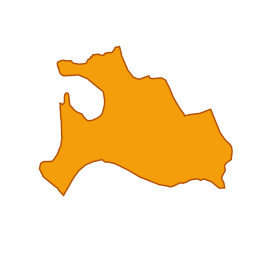 the district of Jabal Ras, Al Hudaydah, Yemen, rotated 166°
{"feature_id": "15242507B55114277387494", "entity_name": "Jabal Ras", "entity_type": "district", "adm_level": 2, "iso_a3": "YEM", "parent_name": "Yemen", "parent_adm1": "Al Hudaydah", "projection": "orthographic", "projection_center": [43.635, 14.03], "detail": "fine", "context": "isolated", "style": "filled", "palette": "amber", "viewbox_px": 256, "rotation_deg": 166, "n_neighbors": 0, "source": "geoboundaries", "source_scale": "gbopen_adm2", "svg_char_len": 3884}
<svg xmlns="http://www.w3.org/2000/svg" viewBox="0 0 256 256"><g transform="rotate(166 128 128)"><path d="M206.9,78.2L200.3,85.0L197.5,88.0L194.2,91.5L193.5,92.1L190.3,95.0L187.0,97.8L186.4,98.3L179.0,102.0L177.8,102.6L172.5,103.4L169.8,103.8L165.7,103.7L162.2,103.6L161.6,103.6L160.8,103.6L158.6,100.7L157.4,100.1L155.4,99.8L149.5,96.7L144.7,92.8L143.4,91.6L138.1,87.2L130.1,79.3L129.2,78.4L129.1,78.2L128.9,78.1L128.5,77.7L120.9,72.3L111.4,65.5L104.8,62.6L103.9,62.2L103.2,61.8L101.6,60.9L101.0,60.6L99.1,60.6L98.3,60.6L95.4,61.2L90.6,62.2L87.9,61.1L84.5,61.4L81.2,62.2L79.5,62.6L74.5,62.0L73.5,61.9L72.9,61.8L70.3,59.7L66.7,60.1L66.4,60.0L59.9,55.6L59.7,55.4L55.6,49.6L53.8,47.5L51.7,47.1L51.4,47.1L51.1,47.0L50.0,46.7L48.7,46.5L48.3,52.1L48.9,54.4L49.4,56.0L49.1,57.1L47.2,59.8L45.2,61.8L43.9,63.2L43.7,65.5L43.7,67.3L43.0,68.6L40.8,70.4L39.5,70.9L35.4,72.5L34.4,75.4L34.2,76.0L33.3,78.3L32.5,80.6L32.4,82.0L32.3,83.9L32.2,85.1L32.4,85.6L33.7,88.7L34.1,89.2L36.0,92.0L36.7,93.2L38.0,96.5L39.8,101.3L40.3,105.1L40.9,109.3L41.0,110.0L41.3,111.7L41.4,112.5L41.7,114.5L41.8,115.7L42.0,116.8L42.0,117.0L43.2,125.6L43.3,126.2L54.8,124.8L61.7,125.7L64.6,126.0L66.1,126.0L66.4,126.0L70.2,126.1L70.4,128.1L72.8,133.8L74.2,138.2L74.2,138.3L74.6,139.4L75.2,141.3L75.8,143.7L76.7,147.0L78.0,156.0L78.2,157.1L80.1,165.5L83.4,168.5L92.6,170.0L94.3,171.0L95.0,171.4L95.1,173.3L95.7,173.5L101.3,172.9L102.4,172.8L105.5,172.6L110.1,175.6L110.4,175.7L110.6,175.9L113.0,181.6L113.8,183.0L114.1,183.8L114.2,184.1L115.7,193.5L116.7,199.6L116.5,204.2L116.6,209.1L117.4,208.9L118.4,208.9L118.9,209.0L119.3,209.4L119.6,209.4L120.5,209.2L121.5,208.8L121.8,208.4L122.0,207.9L122.3,207.3L123.2,206.7L123.9,206.2L124.4,205.9L124.6,205.5L125.1,205.3L125.6,205.3L126.1,205.2L126.5,205.4L127.1,205.5L127.7,205.5L128.1,205.6L128.7,206.0L129.1,206.0L129.6,205.9L130.1,205.7L130.7,205.5L131.0,205.9L131.3,206.1L131.5,206.1L131.9,206.0L132.4,205.9L133.0,205.6L133.4,205.1L133.9,204.7L134.5,204.7L135.4,204.8L136.2,204.9L136.6,205.1L137.2,205.5L137.7,205.9L138.4,206.6L139.0,206.8L139.8,206.9L141.1,207.1L141.9,207.1L142.7,207.2L143.3,207.3L144.1,207.5L145.1,207.1L145.2,206.8L145.5,206.0L145.9,205.6L146.6,205.7L147.0,205.9L147.2,205.3L147.4,204.8L147.9,204.5L148.5,204.5L148.9,204.2L149.4,204.3L149.9,204.3L150.7,203.4L151.7,202.4L152.7,201.4L153.3,201.0L153.8,200.8L158.3,201.4L158.6,201.5L159.9,201.7L161.1,202.2L161.3,202.3L165.3,204.0L167.1,207.0L172.2,208.2L172.5,208.5L174.5,209.4L176.2,209.5L177.2,209.4L179.1,209.3L179.6,209.1L180.6,208.3L181.0,207.8L181.1,206.8L181.2,204.7L181.1,203.5L180.9,203.0L180.9,202.2L180.8,200.1L180.9,198.9L180.1,196.5L178.3,194.4L174.2,193.5L167.3,192.2L163.1,191.5L162.2,190.7L155.6,185.8L151.8,180.6L149.0,176.8L145.1,171.8L144.4,170.8L143.9,170.0L143.3,169.1L143.3,167.6L143.5,165.5L143.9,160.7L144.0,160.3L144.4,158.9L145.3,155.9L146.8,153.2L148.6,149.7L149.2,148.6L151.4,146.7L154.9,145.1L155.2,145.1L160.7,144.1L164.1,144.5L165.1,144.8L166.1,145.6L166.9,146.8L167.6,148.6L168.2,149.5L168.7,150.3L168.8,151.4L169.1,152.3L169.9,153.1L172.0,154.6L173.5,155.8L175.2,157.5L176.8,160.4L177.1,161.3L177.6,161.7L178.2,163.2L178.6,163.9L178.9,164.8L178.4,168.3L177.6,175.2L177.9,176.3L179.0,176.8L179.4,176.8L179.8,176.8L180.9,176.0L181.9,174.4L183.5,168.2L185.9,166.4L186.7,167.3L186.9,167.9L187.5,168.4L187.9,168.4L188.1,168.4L188.2,168.1L188.2,167.8L188.1,167.3L188.0,166.9L188.2,166.4L188.9,164.4L189.5,160.1L190.5,155.6L191.1,150.3L191.3,149.5L191.5,148.5L192.2,145.5L193.1,141.4L193.8,138.4L194.0,137.8L194.1,136.9L194.6,134.2L194.7,133.9L197.4,127.2L197.5,127.1L200.1,123.6L201.6,121.4L202.8,119.8L203.1,119.3L207.7,115.4L208.4,114.8L208.8,114.4L210.4,114.1L212.7,114.6L216.3,115.4L218.4,115.8L221.4,114.6L223.8,109.8L222.2,102.3L222.2,102.2L221.9,101.1L216.9,94.4L216.8,94.2L210.9,86.5L209.6,83.2L206.9,78.2Z" fill="#f59e0b" stroke="#b45309" stroke-width="1.5"/></g></svg>